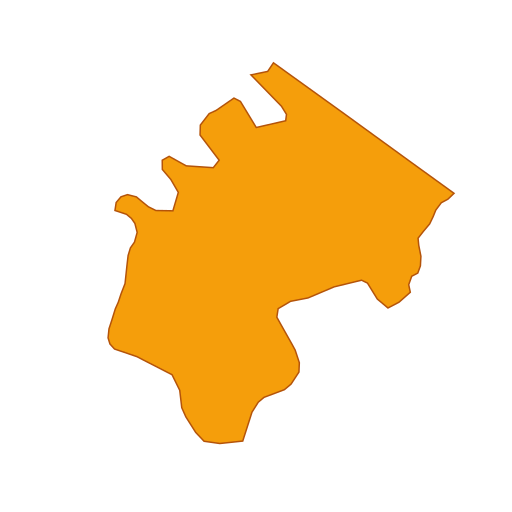 Nova Roma do Sul, Rio Grande do Sul, Brazil (Mercator projection), rotated 40°
{"feature_id": "56859067B38102631450434", "entity_name": "Nova Roma do Sul", "entity_type": "district", "adm_level": 2, "iso_a3": "BRA", "parent_name": "Brazil", "parent_adm1": "Rio Grande do Sul", "projection": "mercator", "projection_center": [-51.414, -28.994], "detail": "fine", "context": "isolated", "style": "filled", "palette": "amber", "viewbox_px": 512, "rotation_deg": 40, "n_neighbors": 0, "source": "geoboundaries", "source_scale": "gbopen_adm2", "svg_char_len": 1303}
<svg xmlns="http://www.w3.org/2000/svg" viewBox="0 0 512 512"><g transform="rotate(40 256 256)"><path d="M145.2,96.8L146.3,107.1L135.7,120.5L179.2,124.9L188.3,127.9L191.8,133.3L173.6,157.4L144.7,147.6L137.6,149.2L131.9,170.0L128.6,177.0L129.2,191.5L135.4,199.3L166.2,206.3L166.5,215.8L144.6,231.8L125.4,235.5L122.6,242.9L128.6,249.9L141.5,252.1L155.6,257.2L163.3,274.8L150.1,285.5L141.8,287.5L133.5,287.6L126.4,287.6L118.1,291.6L114.5,297.5L114.5,304.9L118.7,311.8L130.0,307.3L136.4,307.3L142.3,308.9L149.8,314.3L154.0,323.5L154.6,330.5L157.7,337.8L163.3,346.3L173.4,361.3L176.9,371.6L180.2,379.9L182.2,386.9L186.7,397.6L190.2,406.3L195.3,413.8L200.7,417.3L207.4,418.2L229.6,409.6L236.0,408.2L268.0,400.9L283.9,407.9L296.6,419.9L305.6,424.3L323.2,429.9L335.3,431.3L348.8,422.9L364.8,406.3L353.3,378.2L351.7,366.5L353.0,359.1L363.7,340.1L365.2,331.6L363.5,317.3L357.8,309.9L346.5,302.9L340.4,300.5L318.9,292.4L311.3,289.5L306.8,282.1L311.6,268.5L322.8,254.7L335.7,229.4L352.4,206.7L358.8,205.1L376.6,211.0L390.5,211.0L395.3,199.3L397.5,184.6L391.4,179.8L388.3,171.4L390.9,165.1L388.3,157.9L382.5,150.2L373.8,143.2L368.7,138.2L368.4,129.3L368.4,119.8L366.4,112.0L364.2,105.2L363.7,96.1L366.5,89.1L367.4,80.7L316.1,84.4L233.8,90.2L145.2,96.8Z" fill="#f59e0b" stroke="#b45309" stroke-width="1.5"/></g></svg>